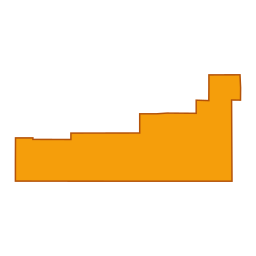 outline of Garfield, Colorado, United States of America
{"feature_id": "52423323B61812355653584", "entity_name": "Garfield", "entity_type": "district", "adm_level": 2, "iso_a3": "USA", "parent_name": "United States of America", "parent_adm1": "Colorado", "projection": "equal_earth", "projection_center": [-107.968, 39.729], "detail": "fine", "context": "isolated", "style": "filled", "palette": "amber", "viewbox_px": 256, "rotation_deg": 0, "n_neighbors": 0, "source": "geoboundaries", "source_scale": "gbopen_adm2", "svg_char_len": 408}
<svg xmlns="http://www.w3.org/2000/svg" viewBox="0 0 256 256"><path d="M15.5,137.9L15.4,161.8L15.4,181.1L121.0,181.2L196.5,181.2L232.0,181.2L231.6,100.0L240.5,100.1L240.6,87.8L240.0,74.8L208.9,74.9L208.9,87.6L208.8,100.6L196.2,100.2L196.2,113.3L166.9,113.1L156.6,113.8L139.7,113.8L139.7,133.0L70.9,133.1L70.9,139.5L32.9,139.4L32.9,137.9L15.5,137.9Z" fill="#f59e0b" stroke="#b45309" stroke-width="1.5"/></svg>